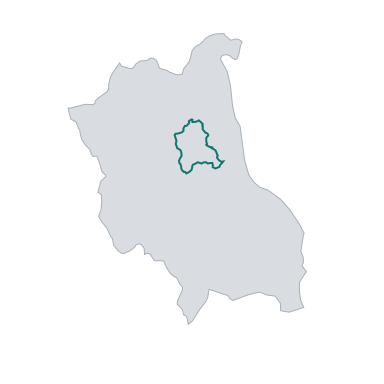 Lovech on a map of Bulgaria (Albers equal-area conic projection), rotated 71°
{"feature_id": "BGR-2247", "entity_name": "Lovech", "entity_type": "Province", "adm_level": 1, "iso_a3": "BGR", "parent_name": "Bulgaria", "parent_adm1": "", "projection": "albers", "projection_center": [24.557, 43.037], "detail": "fine", "context": "in_parent", "style": "outline", "palette": "teal", "viewbox_px": 384, "rotation_deg": 71, "n_neighbors": 0, "source": "natural_earth", "source_scale": "10m", "svg_char_len": 3572}
<svg xmlns="http://www.w3.org/2000/svg" viewBox="0 0 384 384"><g transform="rotate(71 192 192)"><path d="M315.8,238.6L309.4,237.7L307.1,238.1L305.7,239.8L302.7,239.6L299.0,239.7L295.2,241.7L293.1,242.5L290.2,241.0L284.7,236.1L281.4,232.8L278.9,232.0L276.5,233.1L267.9,234.5L266.0,236.6L262.0,239.0L258.0,240.1L252.3,241.0L249.3,241.0L247.6,242.1L246.2,245.5L245.3,248.7L244.5,250.0L237.3,251.8L235.8,253.6L235.4,255.4L235.6,257.2L229.8,255.6L225.4,256.9L224.3,258.2L223.4,260.2L224.0,262.4L225.7,264.4L227.3,269.9L228.0,275.4L227.1,278.6L223.8,280.9L217.0,283.5L210.3,282.4L207.4,283.4L202.5,283.8L197.9,284.5L191.0,286.9L184.7,288.3L179.0,283.7L172.2,280.6L165.2,278.7L162.7,280.1L161.7,281.2L155.8,277.1L153.1,275.6L151.8,274.1L149.4,268.6L147.9,268.4L143.1,270.5L138.4,270.4L135.6,270.0L127.2,270.2L126.1,273.9L125.0,274.5L123.2,274.9L118.8,274.7L113.1,277.4L106.9,279.0L102.2,279.0L97.2,278.1L94.3,278.6L87.9,278.9L83.8,282.8L77.6,282.5L72.3,281.7L73.0,280.4L74.3,264.5L77.1,257.4L77.0,255.9L76.5,254.8L74.2,253.6L72.6,249.8L69.4,239.5L67.5,237.4L62.1,235.2L57.4,232.2L53.5,228.2L46.4,218.5L50.2,217.6L51.3,215.7L55.1,210.6L55.6,208.0L55.3,206.5L52.9,204.0L51.3,198.4L52.7,193.3L52.9,190.7L51.7,188.0L53.1,184.8L55.8,183.1L57.4,182.6L64.4,182.4L68.9,176.0L71.6,174.0L74.4,170.3L75.7,169.0L77.0,166.1L77.5,163.2L72.1,159.0L70.3,155.8L67.9,152.4L64.7,149.9L58.2,145.7L55.7,141.5L54.7,136.2L53.0,132.1L51.2,129.4L50.8,127.2L50.1,124.6L50.0,119.4L51.8,112.6L52.8,110.2L55.1,109.6L61.1,106.0L61.5,101.3L62.6,98.5L64.5,96.8L66.3,95.7L69.4,98.5L77.2,103.0L80.9,106.3L80.7,108.2L78.9,110.1L75.4,112.0L73.4,114.5L72.8,117.6L73.2,119.8L75.6,121.8L89.7,119.5L104.0,121.0L123.2,125.5L136.0,127.0L145.4,125.1L162.9,128.6L179.1,131.9L194.8,132.7L203.5,130.0L209.6,126.4L214.8,119.7L227.6,110.7L240.1,105.5L256.5,101.1L267.5,99.4L269.0,100.7L283.3,108.3L289.6,108.1L294.7,109.4L296.6,111.4L297.9,111.9L304.5,109.7L307.7,114.0L312.6,119.9L320.7,122.7L327.8,124.2L330.1,124.4L337.6,123.9L337.2,139.4L333.1,146.8L326.2,144.7L317.6,147.1L313.4,155.4L310.9,157.9L308.6,160.9L307.5,171.5L307.9,188.9L304.6,191.1L301.6,191.9L289.5,207.6L297.0,211.6L300.3,214.8L306.1,223.6L314.1,233.6L315.8,238.6Z" fill="#d9dde1" stroke="#a8b0b8" stroke-width="1"/><path d="M160.4,194.5L158.2,194.1L156.3,192.4L154.7,190.3L152.6,189.5L150.3,189.2L148.6,189.3L145.6,191.8L143.7,191.6L142.2,191.8L140.7,191.4L139.6,190.7L138.5,190.0L132.5,189.9L131.6,188.5L132.2,185.9L132.3,183.8L132.2,181.7L131.2,180.0L129.4,179.6L128.2,178.4L127.2,177.2L127.6,175.9L127.3,174.6L126.7,173.9L126.3,172.9L125.5,172.0L124.1,172.0L123.5,170.3L123.3,168.5L124.0,168.0L124.8,168.7L126.0,168.8L126.5,167.3L126.9,164.8L126.5,162.3L129.0,160.8L131.5,159.7L132.6,160.7L133.6,160.4L135.0,161.2L136.2,161.4L137.4,161.1L138.7,160.5L140.0,160.2L140.8,159.2L141.8,158.4L142.7,158.1L143.6,158.1L144.4,159.0L145.0,160.3L145.9,161.1L149.3,162.1L151.6,162.2L151.9,162.6L152.1,163.1L152.8,162.8L154.4,161.4L155.3,160.3L155.7,159.4L156.2,158.6L156.7,159.3L157.2,159.0L157.9,158.0L160.4,156.2L163.2,156.0L164.3,156.1L166.0,155.8L167.1,157.0L168.3,157.0L169.6,156.6L171.0,156.0L172.2,155.1L173.0,154.3L173.3,152.6L174.2,153.9L175.4,156.3L177.1,157.9L177.4,162.1L175.3,164.3L173.4,163.6L171.2,163.3L170.5,165.3L170.2,167.8L168.4,169.1L167.8,171.7L168.2,173.7L165.8,176.8L166.3,179.6L166.5,180.5L166.4,181.5L166.6,182.3L167.1,183.0L169.1,184.0L171.0,185.3L172.2,188.2L172.6,191.3L171.1,191.7L170.6,192.3L170.5,193.0L168.5,194.2L166.4,194.5L164.0,193.9L161.5,193.9L161.1,194.4L160.4,194.5Z" fill="none" stroke="#0f766e" stroke-width="2"/></g></svg>